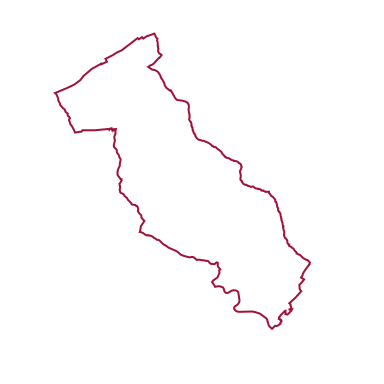 the district of Tetoiu, Vâlcea, Romania, rotated 327°
{"feature_id": "2599482B45871606876108", "entity_name": "Tetoiu", "entity_type": "district", "adm_level": 2, "iso_a3": "ROU", "parent_name": "Romania", "parent_adm1": "Vâlcea", "projection": "robinson", "projection_center": [23.926, 44.772], "detail": "fine", "context": "isolated", "style": "outline", "palette": "rose", "viewbox_px": 384, "rotation_deg": 327, "n_neighbors": 0, "source": "geoboundaries", "source_scale": "gbopen_adm2", "svg_char_len": 6064}
<svg xmlns="http://www.w3.org/2000/svg" viewBox="0 0 384 384"><g transform="rotate(327 192 192)"><path d="M229.6,334.7L229.4,332.9L229.5,331.9L231.5,328.3L234.2,327.8L238.4,326.4L236.8,323.2L239.0,322.2L239.7,321.8L240.1,321.2L242.1,320.1L245.3,318.7L246.0,318.6L246.6,318.2L251.0,316.7L250.9,316.4L251.5,316.2L252.5,315.3L251.8,311.9L250.9,311.1L249.1,307.7L248.9,305.7L248.4,304.5L248.3,303.4L247.2,302.4L246.9,301.0L246.2,300.6L246.7,299.0L246.2,297.3L246.3,294.7L245.7,293.9L245.3,291.9L244.1,290.4L244.9,289.0L244.4,288.7L244.5,288.2L244.2,287.3L244.4,286.4L245.3,285.0L245.6,283.4L245.0,281.1L245.5,278.4L245.8,278.0L246.5,277.6L246.8,276.7L247.6,275.9L248.0,275.1L248.1,273.7L248.6,272.5L249.2,271.7L249.1,271.3L250.1,270.5L249.8,270.0L251.1,267.0L251.1,266.3L251.6,265.3L251.6,264.4L252.5,263.2L252.5,262.2L253.1,261.5L253.3,260.3L254.4,258.3L254.3,257.3L254.5,256.5L254.1,255.9L254.4,255.4L254.1,254.7L254.9,253.1L255.4,252.6L255.3,251.3L256.3,248.7L256.7,248.2L256.9,246.4L257.2,246.0L256.7,245.3L257.7,243.6L257.2,241.4L257.3,240.3L256.3,238.5L256.4,237.3L256.2,236.7L256.4,236.2L256.0,234.6L256.7,233.7L254.5,232.3L253.9,232.2L253.5,231.6L253.4,231.1L252.6,230.2L252.7,229.7L252.1,229.5L251.7,228.9L251.2,228.8L250.9,228.4L251.1,227.6L250.9,227.2L249.6,225.6L249.0,225.6L248.8,224.9L247.4,223.7L246.8,222.5L246.4,220.9L245.5,220.2L244.2,219.8L243.3,218.4L242.2,217.3L242.2,216.8L241.8,216.6L241.4,215.4L240.6,215.1L239.5,213.1L239.4,211.5L239.6,210.8L239.4,210.5L239.8,209.6L239.3,208.7L239.4,207.9L240.1,206.8L240.9,206.1L242.2,204.3L242.7,202.4L243.2,201.8L243.3,200.9L244.5,200.0L245.8,199.4L246.2,198.8L247.2,198.2L247.2,197.8L247.5,197.6L247.5,196.9L248.0,195.7L247.9,194.8L247.5,193.7L247.0,193.2L247.1,192.3L246.1,190.4L244.9,189.5L244.6,188.9L243.9,188.7L243.7,187.9L242.4,186.3L242.2,185.5L241.8,185.2L241.8,184.6L241.2,183.6L240.2,182.8L239.3,181.6L239.3,180.9L238.8,180.4L239.0,179.7L238.7,179.3L238.6,177.8L238.2,176.5L238.5,174.5L237.6,171.4L236.9,170.0L236.3,167.3L234.8,166.1L234.3,164.5L233.9,164.2L234.0,163.7L233.1,160.9L231.4,157.8L230.7,157.2L229.8,155.5L228.8,154.9L225.8,151.3L225.2,148.6L225.4,147.7L225.3,146.8L225.9,145.8L225.6,143.9L225.8,143.6L225.8,142.3L226.6,140.9L226.3,140.4L226.5,139.9L227.5,138.2L227.3,137.5L227.7,136.9L227.5,136.5L227.5,136.2L228.7,134.6L228.9,133.3L229.2,133.0L228.9,131.7L229.1,129.5L229.7,128.9L230.6,128.3L230.8,127.5L231.9,126.3L231.8,125.9L232.7,124.3L232.7,123.7L234.1,120.8L235.5,119.3L236.7,117.1L236.9,116.4L236.6,115.5L236.9,115.0L236.6,113.9L235.4,112.1L233.4,109.9L229.8,106.9L229.3,105.8L229.0,103.2L229.3,101.6L229.2,100.5L229.4,99.8L229.6,95.2L228.9,95.3L227.3,90.9L227.2,89.2L227.3,87.4L227.9,86.1L228.4,81.8L228.2,79.9L228.9,76.7L228.9,73.0L227.8,70.3L226.7,68.9L225.2,67.6L223.4,63.2L226.0,63.1L227.3,63.5L229.6,63.5L237.2,61.5L237.6,61.8L241.1,60.6L240.9,59.7L240.0,58.0L240.0,57.2L240.3,55.3L241.9,53.5L241.8,53.2L242.0,52.4L242.8,51.7L242.8,50.7L243.8,49.4L245.0,47.1L245.1,46.0L246.5,44.6L246.1,42.9L246.1,41.9L246.6,40.5L246.7,38.7L238.7,36.7L234.7,36.8L234.4,34.9L230.6,35.0L230.2,33.3L210.3,34.9L205.3,34.1L200.4,34.1L192.0,33.2L191.6,36.4L185.5,35.5L185.7,34.9L174.9,34.2L164.0,35.6L159.6,37.3L151.9,37.8L143.5,36.7L131.0,34.4L131.4,35.9L131.3,37.5L130.7,40.6L129.8,42.2L129.5,45.2L128.9,47.2L129.4,51.2L130.2,53.5L129.6,55.9L130.5,58.6L129.7,59.5L129.3,60.4L130.0,62.0L129.8,62.9L129.5,63.2L129.7,63.7L128.0,64.7L127.5,67.1L127.0,68.5L127.1,71.6L126.8,75.7L126.3,78.5L130.6,80.3L132.2,81.2L132.5,81.2L133.7,80.5L144.3,87.4L156.0,93.5L156.6,94.1L156.5,94.7L157.7,94.2L158.3,94.4L158.4,94.9L158.7,94.9L158.9,94.6L159.3,94.7L159.4,94.8L158.9,95.8L158.7,97.0L159.5,96.6L160.4,96.6L161.3,97.1L160.9,97.5L161.8,97.5L162.4,97.8L160.6,99.6L159.7,101.4L156.9,103.3L155.8,105.4L155.7,106.5L151.6,110.5L151.1,112.3L151.7,114.1L151.8,115.0L151.6,116.1L150.8,117.4L150.5,118.4L150.7,120.9L150.0,123.4L150.0,125.3L149.8,126.0L147.1,128.7L145.6,130.8L142.8,132.4L140.1,134.9L139.9,135.8L139.3,136.4L138.8,137.6L139.2,142.5L139.6,142.7L139.4,142.9L139.5,143.8L137.0,145.2L135.7,145.5L134.9,147.3L134.9,148.0L134.4,148.5L133.9,149.6L132.7,150.5L132.3,151.1L132.2,152.0L131.7,152.8L131.7,153.7L133.4,156.5L133.3,158.8L134.2,161.8L134.0,163.6L134.4,165.2L134.6,166.9L135.0,168.1L134.7,169.6L137.5,172.2L137.6,173.3L138.3,174.0L137.9,176.5L137.2,177.6L136.2,178.5L136.2,181.5L136.7,183.8L136.5,184.4L135.8,185.5L135.6,186.4L136.0,189.0L136.4,190.1L136.3,190.4L130.8,192.7L129.6,193.7L128.4,195.3L127.4,196.1L127.2,196.7L126.5,197.1L127.2,197.7L128.6,199.8L129.7,202.7L130.3,203.6L131.1,203.9L131.2,204.3L132.0,204.5L132.1,205.1L133.2,205.7L134.6,207.8L135.3,210.1L136.1,211.4L136.4,212.7L137.9,214.1L138.4,215.0L139.2,219.1L139.9,221.3L140.5,221.9L140.6,222.5L141.1,223.1L141.2,223.8L141.6,224.5L141.8,225.6L146.6,232.8L147.6,235.3L148.4,238.4L150.5,241.3L154.2,245.4L156.9,246.6L157.5,247.3L158.0,248.0L159.0,251.7L159.8,251.8L161.8,253.2L163.7,255.1L164.7,255.7L166.0,257.2L167.1,257.8L168.0,259.0L168.2,261.4L168.6,262.4L171.4,264.6L172.1,264.8L172.9,264.5L174.2,264.4L175.0,265.2L175.0,265.6L173.7,267.3L173.2,268.7L173.6,272.3L172.1,272.6L171.0,274.8L166.7,277.6L161.6,277.7L159.8,278.4L159.9,283.0L159.7,284.1L162.0,285.0L164.0,286.2L166.0,288.9L166.0,290.2L165.0,293.3L165.5,295.0L167.1,296.2L170.8,296.3L173.0,296.8L175.2,298.5L175.8,299.3L176.2,300.6L176.1,301.5L172.8,308.8L171.5,310.2L169.9,310.9L168.9,311.2L165.4,311.4L164.6,311.7L163.7,313.0L163.8,315.1L164.8,316.9L166.6,318.4L177.4,325.0L179.7,327.3L182.7,331.0L185.4,338.2L185.6,339.4L183.7,345.6L183.7,346.9L184.6,350.3L187.9,349.6L189.1,349.6L189.9,350.4L191.2,350.8L194.5,350.6L194.8,349.8L196.4,349.4L196.5,348.4L197.1,348.2L197.0,347.7L196.4,347.5L195.7,345.9L196.7,345.6L196.7,345.4L196.3,345.2L196.5,344.6L200.1,343.4L205.5,342.3L205.8,342.5L204.9,343.8L204.5,344.8L203.9,345.2L205.2,346.7L206.6,346.6L210.4,345.7L211.7,345.0L210.6,344.7L209.1,343.2L210.7,343.7L212.2,343.3L212.7,341.5L212.7,340.9L213.2,340.5L213.4,339.7L213.0,338.3L221.1,337.0L229.6,334.7Z" fill="none" stroke="#9f1239" stroke-width="2"/></g></svg>